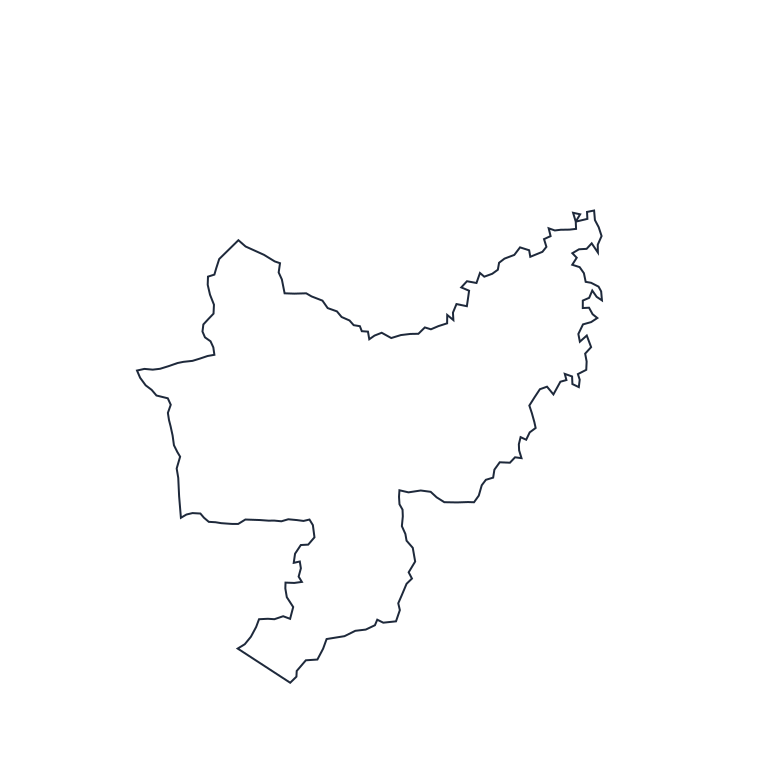 Joaquim Távora, Paraná, Brazil, rotated 55°
{"feature_id": "56859067B32380162791595", "entity_name": "Joaquim Távora", "entity_type": "district", "adm_level": 2, "iso_a3": "BRA", "parent_name": "Brazil", "parent_adm1": "Paraná", "projection": "orthographic", "projection_center": [-49.909, -23.438], "detail": "fine", "context": "isolated", "style": "outline", "palette": "slate", "viewbox_px": 768, "rotation_deg": 55, "n_neighbors": 0, "source": "geoboundaries", "source_scale": "gbopen_adm2", "svg_char_len": 3250}
<svg xmlns="http://www.w3.org/2000/svg" viewBox="0 0 768 768"><g transform="rotate(55 384 384)"><path d="M532.5,378.1L529.8,370.4L523.0,362.0L520.9,355.5L523.3,348.3L517.5,342.7L514.5,334.1L520.7,326.0L519.2,318.7L523.6,313.9L515.9,311.4L510.7,308.1L505.9,302.6L511.2,299.5L507.2,292.4L507.0,285.0L501.5,282.7L492.7,279.6L485.0,277.3L481.2,268.2L477.7,259.3L479.7,252.0L489.7,251.2L483.3,238.2L485.4,232.3L479.4,230.1L485.7,225.6L492.1,229.7L498.3,226.2L492.7,221.2L487.1,219.5L488.4,210.2L481.8,205.1L474.5,201.8L472.6,193.2L460.6,190.1L461.7,199.3L454.5,196.1L449.3,186.8L452.1,178.8L452.3,171.4L446.5,173.1L439.1,172.3L435.8,177.6L429.7,173.3L431.1,166.5L426.9,159.8L434.6,159.8L440.5,157.5L432.7,153.0L427.3,152.4L419.9,156.3L416.0,160.2L407.9,156.7L400.5,156.7L394.3,161.4L391.1,153.7L384.9,154.7L385.5,147.0L389.5,140.5L387.9,133.2L399.0,133.4L392.5,129.0L387.6,120.9L378.7,118.2L370.7,117.2L362.4,112.4L359.5,119.0L365.4,122.7L361.0,133.8L367.1,137.7L364.0,143.4L359.0,150.8L356.2,156.0L350.9,159.8L358.4,162.7L357.1,169.8L364.8,172.3L366.6,178.4L363.7,191.2L357.7,188.4L350.1,194.2L353.0,203.2L350.4,213.4L350.7,220.2L355.7,225.2L355.8,232.1L353.6,240.3L348.1,241.7L354.3,250.3L347.4,257.1L349.2,265.3L356.4,260.8L360.7,264.8L367.8,271.5L360.1,278.8L365.1,286.6L371.4,290.5L363.7,292.6L370.5,297.5L367.8,306.2L366.1,314.2L361.1,318.1L362.6,327.0L358.1,333.7L353.6,342.1L350.5,351.7L340.7,356.5L338.9,364.0L338.9,370.4L331.9,367.1L328.0,371.9L322.8,370.6L318.4,375.1L312.2,375.8L304.8,380.3L297.5,380.9L289.5,386.6L280.4,386.6L270.7,393.1L265.1,395.7L258.5,405.7L252.7,413.4L239.8,407.7L232.2,406.3L225.4,399.9L220.9,403.2L209.4,408.2L192.0,418.5L182.7,420.8L187.1,447.3L193.0,455.1L197.1,460.2L195.1,466.6L201.6,471.5L211.0,475.3L221.5,477.8L228.6,483.3L230.0,490.4L231.6,497.8L236.9,502.6L243.1,503.9L249.5,501.6L256.1,502.8L262.8,506.2L259.9,512.4L257.6,520.2L255.2,527.6L250.8,535.6L248.4,541.1L245.8,550.3L243.1,558.7L239.6,565.2L234.2,571.6L231.3,578.6L239.0,580.2L248.4,580.0L255.5,577.7L262.9,577.0L271.7,569.3L278.7,570.6L283.7,577.6L290.2,580.8L296.3,583.1L304.9,586.7L313.7,591.2L321.1,592.3L326.6,592.7L330.2,597.2L334.3,602.3L342.9,606.4L358.4,616.2L377.1,627.1L377.6,620.7L379.9,614.9L384.8,608.7L390.2,608.2L396.4,606.6L400.6,601.3L404.6,597.2L411.1,589.2L415.0,583.7L415.5,575.3L424.4,563.5L429.7,557.0L432.9,552.3L437.6,546.8L439.9,540.0L445.6,533.3L450.0,528.5L452.3,522.8L458.8,523.2L469.7,528.9L472.1,538.2L468.2,544.5L472.0,554.2L478.7,560.5L481.1,554.8L487.3,557.8L492.8,564.4L499.0,564.8L495.5,571.6L490.2,578.6L494.9,582.1L502.9,585.9L514.6,586.3L522.5,595.6L516.4,599.8L513.8,608.7L509.7,613.8L505.0,621.3L509.7,628.1L514.7,638.0L517.3,647.3L516.8,655.6L574.9,632.2L573.5,623.6L569.0,620.1L565.5,606.5L571.5,596.6L565.9,585.7L560.0,577.3L567.9,561.0L569.7,549.1L574.7,539.8L576.4,529.8L573.2,524.7L579.1,521.5L585.3,510.3L578.3,500.7L571.8,498.1L567.4,490.9L560.6,480.1L559.4,472.7L552.4,471.8L547.3,460.3L534.7,454.4L525.3,455.4L519.1,452.5L510.7,450.9L503.2,444.5L497.6,440.9L491.4,440.3L485.0,436.4L479.9,432.3L486.8,426.1L492.3,415.0L499.1,407.6L507.0,405.9L515.4,402.4L522.9,392.1L528.9,382.9L532.5,378.1ZM361.0,133.8L357.5,126.0L352.2,130.9L361.0,133.8Z" fill="none" stroke="#1e293b" stroke-width="2"/></g></svg>